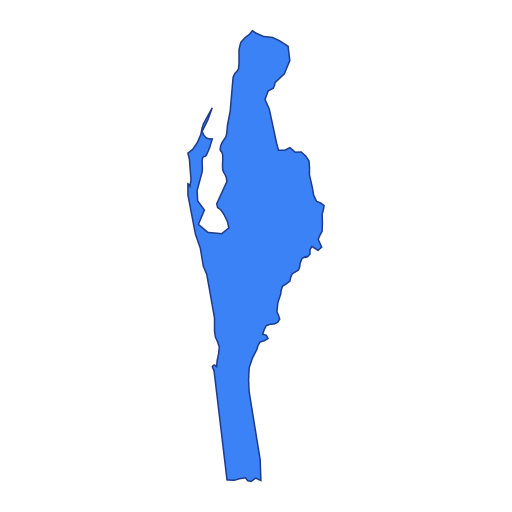 Puttalama, Natural Earth projection
{"feature_id": "LKA-2462", "entity_name": "Puttalama", "entity_type": "District", "adm_level": 1, "iso_a3": "LKA", "parent_name": "Sri Lanka", "parent_adm1": "", "projection": "natural_earth1", "projection_center": [79.891, 7.922], "detail": "fine", "context": "isolated", "style": "filled", "palette": "blue", "viewbox_px": 512, "rotation_deg": 0, "n_neighbors": 0, "source": "natural_earth", "source_scale": "10m", "svg_char_len": 2270}
<svg xmlns="http://www.w3.org/2000/svg" viewBox="0 0 512 512"><path d="M227.0,479.9L214.1,371.2L212.3,366.7L213.5,365.2L214.5,365.0L216.6,366.7L217.1,360.7L218.6,353.7L218.9,350.4L219.3,347.1L217.6,341.9L215.4,337.1L214.9,333.9L214.5,330.7L214.5,318.0L207.6,279.1L206.8,274.6L203.3,266.1L200.3,248.2L195.4,234.0L187.9,194.9L187.9,183.8L189.1,184.5L189.3,184.7L189.3,185.0L189.9,186.2L191.0,179.8L189.4,159.3L187.9,153.1L192.8,149.3L197.4,142.4L200.8,134.6L202.1,128.0L203.5,123.7L212.3,107.7L212.2,107.9L207.8,120.0L202.1,131.5L203.4,134.3L203.7,135.0L205.9,137.6L208.8,138.9L212.3,138.9L209.4,148.3L206.4,155.2L205.1,156.4L203.7,156.6L202.6,157.6L202.1,161.2L202.4,169.4L202.1,172.0L197.1,190.6L197.3,194.0L197.7,200.9L202.9,208.0L204.4,210.1L198.4,224.4L207.9,232.4L221.7,233.7L228.8,227.9L227.5,221.8L225.2,216.9L224.3,215.1L223.3,213.5L220.6,209.7L217.6,207.5L216.7,203.8L226.8,181.7L226.4,177.7L225.1,174.7L223.6,172.2L222.7,169.6L222.5,165.4L222.8,158.3L222.7,155.3L222.7,155.2L222.6,154.6L221.8,152.2L221.3,151.7L220.7,151.0L220.1,149.6L220.7,145.7L222.1,142.5L226.0,136.6L226.8,132.7L227.4,125.5L230.2,111.0L233.1,77.1L234.9,73.3L236.9,71.4L238.4,69.1L239.0,64.0L239.0,49.6L240.7,42.5L244.8,37.9L249.6,34.2L252.4,30.7L255.8,33.0L263.6,36.5L272.5,37.4L280.1,41.1L288.1,46.3L289.8,60.6L284.3,73.9L275.0,82.7L274.6,85.1L273.3,88.2L268.2,90.9L265.0,99.5L269.3,109.2L276.8,144.1L278.6,150.3L284.8,150.2L289.9,147.6L295.2,152.2L301.2,152.0L305.7,156.0L309.0,161.0L309.5,167.6L309.4,174.6L312.5,188.3L313.6,195.0L316.5,201.3L320.5,202.9L324.1,205.5L323.4,209.6L322.2,214.2L322.4,223.5L322.1,231.4L319.9,235.3L318.2,239.4L321.7,247.1L318.0,250.4L311.8,246.4L310.0,249.7L310.0,254.0L307.7,256.7L305.8,257.3L306.0,256.7L306.4,256.2L302.0,258.5L300.1,263.3L299.7,266.8L298.5,270.0L292.2,273.8L290.7,277.3L289.9,281.1L286.2,283.9L282.4,286.3L281.3,290.0L280.7,294.1L277.9,302.5L276.9,311.7L278.6,315.6L279.7,319.2L277.6,322.4L274.4,323.9L270.1,324.3L266.2,325.7L264.2,329.7L262.7,334.3L266.3,335.3L268.0,338.5L264.5,340.7L260.1,342.0L258.0,345.4L256.9,349.3L252.4,358.2L249.2,367.7L248.6,379.6L249.1,391.5L260.2,459.9L260.9,480.5L255.7,478.1L251.3,481.3L247.8,480.8L245.4,477.8L239.7,478.7L234.1,480.3L227.0,479.9Z" fill="#3b82f6" stroke="#1e3a8a" stroke-width="1.5"/></svg>